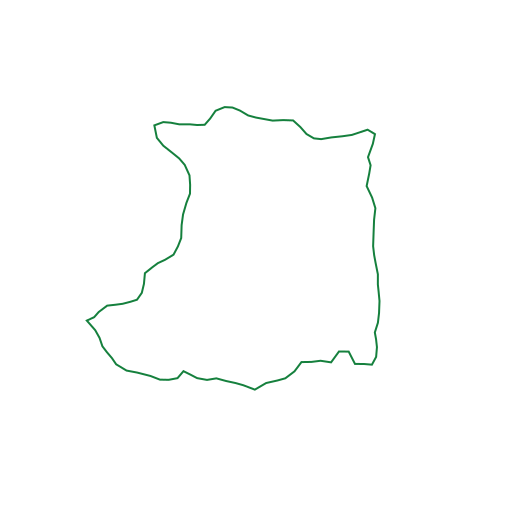 the district of Dumont, São Paulo, Brazil, rotated 303°
{"feature_id": "56859067B60617359221879", "entity_name": "Dumont", "entity_type": "district", "adm_level": 2, "iso_a3": "BRA", "parent_name": "Brazil", "parent_adm1": "São Paulo", "projection": "mercator", "projection_center": [-47.981, -21.246], "detail": "fine", "context": "isolated", "style": "outline", "palette": "green", "viewbox_px": 512, "rotation_deg": 303, "n_neighbors": 0, "source": "geoboundaries", "source_scale": "gbopen_adm2", "svg_char_len": 1502}
<svg xmlns="http://www.w3.org/2000/svg" viewBox="0 0 512 512"><g transform="rotate(303 256 256)"><path d="M219.4,397.8L224.3,405.5L228.0,412.4L236.8,411.7L245.4,407.1L251.6,402.0L256.6,397.3L266.4,394.6L275.1,390.3L285.5,384.1L292.7,378.4L298.5,373.7L307.0,368.2L315.3,360.1L321.1,354.6L328.0,348.9L340.3,341.5L350.7,335.3L361.1,330.1L368.2,321.6L374.9,310.7L386.9,306.0L394.5,302.7L399.9,296.1L413.7,292.9L423.0,289.4L422.7,280.8L409.8,270.5L403.6,263.4L396.4,254.5L389.5,247.0L386.2,240.5L385.8,231.9L388.3,223.0L389.9,213.3L384.8,204.8L378.6,196.2L374.9,187.3L372.1,180.6L369.6,172.9L369.2,163.2L367.7,155.4L363.8,148.6L355.8,143.0L346.3,142.7L338.1,141.5L333.8,135.3L330.4,128.8L324.7,120.1L321.4,112.0L317.8,105.3L310.2,99.6L301.1,108.5L298.0,118.2L297.1,127.8L296.0,138.4L293.6,146.6L287.4,156.3L279.8,162.0L272.3,166.7L262.7,168.7L251.1,172.2L241.4,176.8L230.3,183.5L221.5,185.3L212.2,186.1L203.3,181.8L196.6,177.6L190.1,175.2L181.1,172.2L171.6,177.2L162.9,180.3L154.5,180.0L149.2,175.6L143.3,170.2L138.6,164.7L133.3,158.2L123.4,154.6L116.6,153.6L109.7,149.3L106.2,161.6L102.1,169.4L96.6,176.4L94.1,183.4L91.9,190.8L89.0,197.7L89.4,209.8L93.5,219.8L97.9,232.8L100.0,242.8L104.6,250.2L110.8,256.7L119.9,257.9L120.8,265.6L121.5,273.1L125.4,282.4L131.8,289.4L134.9,299.1L138.3,308.0L140.7,315.7L143.3,327.8L155.0,333.7L163.3,341.8L169.4,347.2L180.2,351.1L191.8,351.9L197.3,360.1L203.3,367.2L207.7,376.9L221.1,377.6L226.3,385.8L219.4,397.8Z" fill="none" stroke="#15803d" stroke-width="2"/></g></svg>